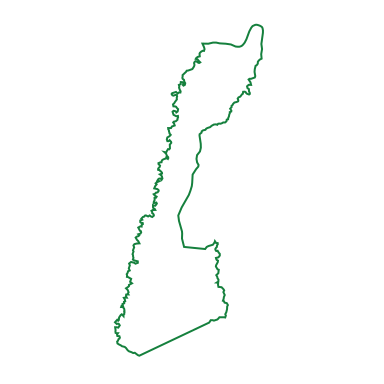 Itajá, Goiás, Brazil (Albers equal-area conic projection), rotated 252°
{"feature_id": "56859067B48253804487998", "entity_name": "Itajá", "entity_type": "district", "adm_level": 2, "iso_a3": "BRA", "parent_name": "Brazil", "parent_adm1": "Goiás", "projection": "albers", "projection_center": [-51.232, -19.14], "detail": "fine", "context": "isolated", "style": "outline", "palette": "green", "viewbox_px": 384, "rotation_deg": 252, "n_neighbors": 0, "source": "geoboundaries", "source_scale": "gbopen_adm2", "svg_char_len": 6023}
<svg xmlns="http://www.w3.org/2000/svg" viewBox="0 0 384 384"><g transform="rotate(252 192 192)"><path d="M331.1,300.9L330.0,299.2L327.0,296.1L320.5,291.0L317.8,288.3L316.4,286.2L315.7,284.7L315.5,283.7L315.5,282.1L316.0,280.4L316.9,278.4L320.3,274.6L322.6,269.9L324.8,264.3L326.6,261.2L327.6,258.2L328.0,253.3L329.9,247.8L326.0,248.2L324.0,248.1L322.5,247.0L323.0,246.0L322.7,244.2L321.9,242.5L321.2,241.9L318.6,241.3L318.7,239.2L318.2,237.6L317.4,236.7L316.3,238.3L314.2,239.1L312.8,239.9L312.5,238.9L312.9,238.0L314.1,237.2L315.3,235.9L315.1,234.9L314.0,233.8L312.5,233.7L311.5,233.3L310.4,232.3L308.8,230.3L308.7,225.9L309.0,224.4L308.2,223.6L306.1,219.2L304.8,218.8L303.5,218.1L302.5,218.1L301.2,219.0L299.1,218.8L297.6,219.2L296.1,218.3L295.8,216.8L296.6,216.4L297.4,217.1L298.3,217.3L299.4,216.8L300.0,215.3L298.0,214.5L297.9,212.6L296.1,212.5L295.2,211.9L292.6,212.0L291.3,212.3L290.2,211.7L290.7,210.3L290.1,208.8L292.1,207.7L292.1,203.7L291.5,202.9L290.1,203.2L289.4,204.0L289.4,206.5L288.8,207.4L287.5,207.4L286.4,206.6L284.7,206.2L282.9,203.6L281.9,202.5L281.2,201.0L279.2,200.8L278.6,202.4L278.0,203.2L276.6,203.6L275.1,204.4L273.0,203.2L272.5,201.7L273.4,201.6L274.4,200.6L274.9,199.5L274.3,198.3L271.1,198.3L268.9,200.5L268.7,202.1L267.2,201.8L266.3,200.9L265.2,200.5L264.3,198.5L264.5,196.4L264.0,195.6L262.5,196.1L260.6,196.1L260.5,193.1L259.3,191.8L260.2,189.1L259.0,188.8L257.8,189.1L256.6,188.8L255.6,188.9L254.6,188.7L252.9,189.4L252.0,187.8L251.5,185.4L249.8,184.3L248.0,184.3L247.6,185.5L248.2,186.7L246.2,187.6L245.2,187.5L243.9,185.5L240.3,184.5L239.6,183.5L240.2,182.5L238.8,180.8L237.6,179.7L238.5,178.1L236.5,179.2L234.2,179.3L232.5,180.1L231.5,179.9L230.9,179.3L232.7,178.1L231.9,177.5L232.0,176.1L231.7,173.8L231.0,172.9L229.7,172.2L230.0,171.0L229.8,169.0L228.8,168.8L227.0,169.8L225.8,169.0L225.1,167.6L224.3,166.8L223.4,166.7L223.0,167.8L222.1,168.1L221.2,168.8L219.7,169.4L218.8,169.2L218.7,166.9L217.6,167.7L216.2,168.2L213.9,168.0L213.2,167.0L214.6,166.1L214.9,164.8L214.5,163.7L213.4,162.5L212.4,164.3L212.1,161.5L211.5,160.1L210.2,160.7L208.9,158.7L207.1,157.2L205.5,159.9L204.4,160.7L203.4,160.7L202.3,159.2L202.5,157.5L201.9,156.8L201.7,154.9L199.9,155.6L198.5,156.9L197.7,156.0L197.9,154.5L195.9,154.0L194.6,152.7L193.3,152.1L193.0,154.8L191.9,155.0L191.2,154.2L190.3,152.7L191.4,150.8L189.5,150.2L188.5,150.3L187.4,151.3L186.3,151.5L187.0,149.1L186.6,147.6L185.2,148.0L184.3,147.6L183.3,148.3L182.4,148.6L181.3,148.4L180.5,146.5L181.4,145.4L182.8,144.5L182.3,142.7L184.0,140.9L184.1,139.9L183.4,139.0L183.4,137.6L182.3,135.6L181.0,136.1L180.9,134.0L179.3,133.5L178.3,134.2L177.8,135.5L176.7,135.4L176.2,134.0L174.7,133.4L175.3,132.3L174.8,129.9L171.2,130.5L170.5,131.3L169.3,131.2L168.4,130.2L168.4,127.9L167.2,128.5L166.6,127.5L166.6,125.5L166.0,124.3L163.4,124.9L161.9,125.7L159.4,126.1L160.1,123.3L160.2,121.1L159.3,119.8L157.3,119.9L154.7,117.8L153.5,118.0L151.2,116.2L150.2,116.4L148.7,116.0L147.5,116.0L146.0,114.9L144.7,116.0L142.8,119.0L141.4,118.6L141.3,116.1L142.6,115.1L144.3,112.4L143.4,110.1L141.4,110.2L138.9,108.3L136.6,108.5L136.4,106.7L134.9,105.7L134.0,104.5L132.7,104.5L131.4,103.9L131.0,104.7L128.2,107.3L125.7,105.4L123.7,106.7L123.1,103.3L122.0,103.0L121.5,102.0L120.8,99.5L118.6,100.6L116.2,100.7L115.2,99.5L114.2,99.8L114.8,97.7L113.3,97.0L111.7,97.3L112.2,96.1L112.4,94.5L110.5,94.9L108.7,94.7L108.6,93.4L107.1,93.1L107.0,91.4L105.7,91.2L105.7,90.0L104.5,89.1L103.9,91.1L102.9,91.0L102.1,91.4L100.3,91.2L99.6,90.6L98.7,90.8L98.0,90.2L96.9,89.9L96.5,89.0L95.1,88.5L97.4,87.4L97.0,86.2L95.2,83.9L92.8,82.8L92.4,82.0L93.6,81.4L91.9,78.5L89.7,79.7L89.7,81.0L89.0,81.7L87.5,82.1L85.8,80.0L86.6,78.7L87.1,77.1L84.1,76.6L83.1,76.1L81.6,75.8L81.1,76.5L80.6,77.9L79.7,76.7L78.1,76.5L77.3,78.4L75.8,78.4L75.0,77.7L74.8,76.7L73.4,75.6L72.9,74.6L71.0,74.3L69.5,75.5L68.2,76.9L67.0,77.7L65.5,80.1L64.1,81.0L61.4,81.9L60.0,82.8L58.4,84.9L57.0,86.3L56.8,87.9L53.6,90.1L52.6,91.3L62.5,168.0L64.3,170.2L63.7,172.1L62.9,173.1L62.9,176.7L63.3,177.6L64.4,179.4L63.0,183.7L62.4,184.8L64.0,186.0L65.5,185.9L67.1,187.5L69.7,189.1L72.3,190.1L73.4,191.2L75.6,190.7L76.7,188.8L78.4,188.6L79.0,187.8L80.5,189.0L82.3,189.9L83.9,191.3L87.1,190.9L88.5,192.2L89.8,191.9L92.3,190.7L93.6,187.8L95.8,188.1L97.6,188.8L98.2,187.5L98.7,189.4L100.6,190.1L102.1,189.6L103.4,189.8L105.4,189.4L106.6,191.9L109.8,193.4L110.6,192.4L113.8,191.7L114.9,192.3L117.3,194.8L118.7,195.5L119.8,194.5L120.9,194.3L121.9,194.4L121.7,196.8L122.2,197.8L123.0,198.8L124.6,199.3L126.3,198.6L128.2,198.2L128.4,196.8L129.3,196.5L130.5,196.5L131.5,197.6L132.1,198.7L133.4,199.2L134.4,200.4L135.5,200.6L136.0,199.2L138.1,198.6L137.2,198.0L135.4,195.6L135.5,191.0L135.2,189.0L133.7,186.9L142.2,167.5L150.8,168.1L155.5,169.8L157.6,170.3L168.5,170.7L173.9,171.7L180.5,177.4L190.2,188.1L193.6,190.8L197.6,193.6L200.6,195.0L208.4,198.0L212.5,203.0L214.2,205.8L215.7,206.6L218.6,206.0L222.1,206.5L225.5,208.2L228.1,212.1L231.4,214.1L235.1,215.2L243.4,216.6L244.6,217.1L245.5,219.4L246.7,220.0L247.2,221.5L247.0,224.0L247.8,225.0L248.1,226.4L248.1,229.3L248.9,231.1L249.4,233.7L248.9,235.8L248.1,236.8L248.8,237.9L248.7,238.9L248.1,240.3L248.2,242.1L248.5,243.1L247.9,245.1L248.7,246.7L250.1,247.4L250.0,248.8L251.2,249.3L252.5,250.5L254.2,251.4L255.2,252.3L256.3,252.6L256.4,254.2L257.3,254.6L259.4,254.0L260.5,255.9L261.7,256.2L262.3,257.6L263.1,258.3L264.0,260.0L263.8,262.2L264.0,263.9L264.9,264.4L266.7,264.3L267.6,265.5L267.8,267.4L269.5,269.8L269.7,270.7L271.5,271.6L271.1,273.2L270.4,273.9L269.4,274.1L268.4,274.7L267.1,276.4L267.4,277.3L268.4,277.6L270.0,277.3L272.3,277.9L273.6,276.9L275.5,277.0L276.4,279.0L275.6,281.3L278.3,281.5L281.5,280.6L281.9,281.7L281.4,283.2L281.5,287.1L282.7,288.0L286.9,288.6L289.5,289.7L292.4,291.5L292.6,292.7L293.7,294.2L295.5,294.9L296.3,296.0L297.0,297.4L297.3,299.4L301.7,300.4L306.3,302.8L311.3,303.7L321.4,308.6L323.7,309.4L325.9,309.7L327.0,309.6L328.0,309.0L329.3,307.8L330.7,305.9L331.3,304.6L331.4,303.5L331.1,300.9Z" fill="none" stroke="#15803d" stroke-width="2"/></g></svg>